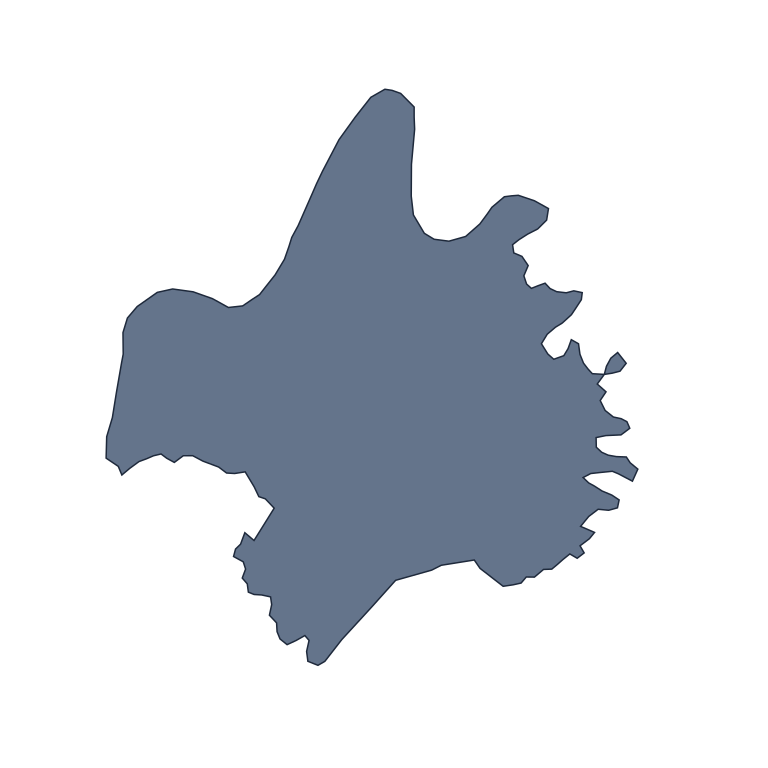 Alecrim, Rio Grande do Sul, Brazil, rotated 12°
{"feature_id": "56859067B981200421316", "entity_name": "Alecrim", "entity_type": "district", "adm_level": 2, "iso_a3": "BRA", "parent_name": "Brazil", "parent_adm1": "Rio Grande do Sul", "projection": "robinson", "projection_center": [-54.76, -27.646], "detail": "fine", "context": "isolated", "style": "filled", "palette": "slate", "viewbox_px": 768, "rotation_deg": 12, "n_neighbors": 0, "source": "geoboundaries", "source_scale": "gbopen_adm2", "svg_char_len": 2544}
<svg xmlns="http://www.w3.org/2000/svg" viewBox="0 0 768 768"><g transform="rotate(12 384 384)"><path d="M597.5,328.8L585.6,330.6L580.3,326.8L574.8,322.1L569.5,314.2L565.9,304.2L558.0,301.7L556.7,311.1L554.0,318.9L544.9,324.5L538.0,320.6L529.6,311.9L533.3,301.4L539.9,292.8L545.7,287.3L552.9,277.3L555.9,269.8L559.5,260.5L558.9,253.4L550.3,253.4L543.3,256.9L533.7,257.8L526.6,256.1L520.6,251.9L514.3,255.8L508.3,259.8L502.7,256.6L498.3,249.1L500.4,238.2L492.4,230.5L483.7,228.8L480.8,221.0L486.0,214.8L493.4,207.5L502.1,200.4L509.0,189.9L508.4,178.2L493.1,173.5L476.1,171.5L469.4,173.5L462.8,175.8L457.7,182.4L452.8,188.7L449.7,196.1L444.5,207.5L433.2,222.7L417.8,230.8L402.9,232.0L392.1,228.2L377.6,212.5L371.6,194.6L365.2,163.5L361.0,128.4L358.0,116.7L355.9,106.8L339.9,96.3L330.9,95.1L323.6,95.5L311.5,106.3L300.3,129.1L289.2,154.3L279.6,188.7L276.4,202.0L274.1,213.3L267.1,246.9L263.3,259.8L262.4,269.5L260.7,282.7L254.8,299.9L248.0,313.6L243.7,322.4L237.8,328.3L229.5,337.0L215.9,341.5L198.5,336.2L178.1,333.5L157.5,335.0L143.2,341.5L126.5,359.5L119.3,372.8L118.0,388.0L122.7,409.0L122.9,418.0L124.0,447.3L125.3,473.4L123.7,493.2L127.6,514.3L141.2,519.8L146.5,527.5L152.9,519.3L160.5,510.8L167.3,506.5L173.5,502.1L180.5,498.8L186.9,501.8L195.2,504.3L202.6,495.9L211.8,493.9L222.9,497.1L239.5,499.6L248.5,503.8L256.5,502.6L266.5,498.8L278.4,511.6L285.0,520.2L291.8,521.0L302.4,528.3L289.4,564.1L278.8,558.4L277.0,570.5L273.1,576.3L272.7,584.0L283.3,587.2L287.1,593.8L285.7,603.3L291.8,607.9L294.6,615.8L300.7,616.9L308.1,615.8L317.3,615.8L320.0,623.1L320.0,634.0L328.6,640.0L330.9,648.5L335.3,655.0L343.4,659.1L351.3,653.2L358.9,646.5L364.0,650.4L363.9,661.7L367.2,671.1L377.9,672.9L383.8,667.6L395.9,642.7L418.2,604.9L436.2,573.6L469.4,556.1L477.7,549.4L508.9,537.4L516.3,544.4L542.6,557.1L552.0,553.6L559.5,550.2L563.3,543.2L571.3,541.6L578.6,532.2L586.6,530.2L591.3,524.2L595.5,518.5L601.1,511.6L609.2,514.3L614.9,507.6L609.4,501.5L617.1,492.6L620.8,485.4L605.9,482.4L611.8,471.0L619.5,462.0L630.0,460.8L638.1,456.6L638.1,448.5L630.0,445.3L619.5,443.3L611.1,440.1L604.8,438.2L598.2,434.1L604.8,428.6L613.6,425.7L625.5,421.9L631.9,423.1L647.2,427.4L650.0,414.5L641.2,409.9L636.2,405.0L626.4,406.7L618.1,407.0L611.1,405.5L604.8,401.7L602.6,392.3L611.8,388.3L626.4,384.5L633.6,376.2L629.5,370.4L623.2,368.6L615.2,368.6L605.8,363.9L598.9,355.2L602.8,345.5L592.6,339.7L597.5,328.8ZM597.5,328.8L604.9,326.0L612.2,322.4L616.6,313.4L606.0,304.6L600.5,311.6L597.9,320.4L597.5,328.8Z" fill="#64748b" stroke="#1e293b" stroke-width="1.5"/></g></svg>